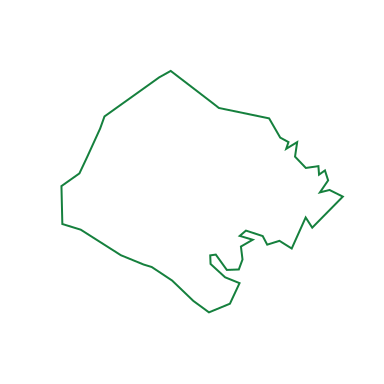 outline of Montgomery, Virginia, United States of America, rotated 240°
{"feature_id": "52423323B95683918049548", "entity_name": "Montgomery", "entity_type": "district", "adm_level": 2, "iso_a3": "USA", "parent_name": "United States of America", "parent_adm1": "Virginia", "projection": "albers", "projection_center": [-80.462, 37.177], "detail": "fine", "context": "isolated", "style": "outline", "palette": "green", "viewbox_px": 384, "rotation_deg": 240, "n_neighbors": 0, "source": "geoboundaries", "source_scale": "gbopen_adm2", "svg_char_len": 768}
<svg xmlns="http://www.w3.org/2000/svg" viewBox="0 0 384 384"><g transform="rotate(240 192 192)"><path d="M93.2,250.1L113.1,277.7L101.0,278.3L112.6,320.3L125.0,312.1L127.7,302.6L134.0,315.7L144.2,317.9L143.5,310.7L151.2,314.4L155.9,302.6L171.1,298.9L182.6,308.0L182.3,295.2L187.0,300.5L195.0,295.6L217.2,295.6L251.3,257.3L257.3,254.9L307.5,234.1L307.7,221.0L301.2,154.0L292.9,144.2L274.8,118.8L264.4,103.8L262.4,81.9L229.1,63.7L215.0,76.8L172.8,98.8L153.4,113.8L147.2,119.6L125.3,130.5L97.0,138.7L79.3,146.5L76.3,169.0L89.3,187.6L101.6,178.0L120.4,172.1L128.0,176.1L125.9,181.3L107.1,183.2L101.5,193.8L108.3,202.0L120.3,207.1L120.3,220.7L130.1,211.4L131.6,219.4L118.5,231.2L108.8,230.8L106.0,243.3L93.2,250.1Z" fill="none" stroke="#15803d" stroke-width="2"/></g></svg>